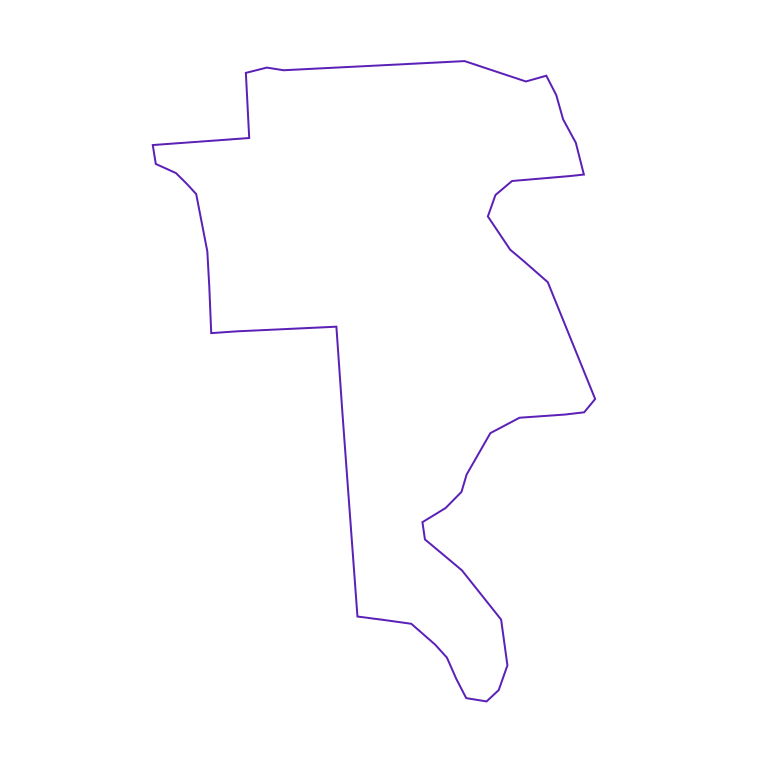 the district of Santa Tereza, Rio Grande do Sul, Brazil, rotated 176°
{"feature_id": "56859067B96458106097451", "entity_name": "Santa Tereza", "entity_type": "district", "adm_level": 2, "iso_a3": "BRA", "parent_name": "Brazil", "parent_adm1": "Rio Grande do Sul", "projection": "albers", "projection_center": [-51.714, -29.146], "detail": "fine", "context": "isolated", "style": "outline", "palette": "violet", "viewbox_px": 768, "rotation_deg": 176, "n_neighbors": 0, "source": "geoboundaries", "source_scale": "gbopen_adm2", "svg_char_len": 797}
<svg xmlns="http://www.w3.org/2000/svg" viewBox="0 0 768 768"><g transform="rotate(176 384 384)"><path d="M558.1,586.6L551.0,528.6L551.5,492.9L552.8,446.8L526.7,446.8L427.5,444.5L427.5,357.5L426.7,153.9L398.1,148.1L373.5,142.9L351.2,120.5L340.3,106.6L332.5,84.9L323.9,64.9L303.8,60.2L290.9,70.7L280.5,94.7L283.6,140.8L319.3,192.7L336.5,209.3L354.0,226.1L355.3,243.5L331.2,256.0L314.2,271.0L307.9,287.9L281.3,327.6L251.2,340.9L205.8,340.9L186.3,341.8L174.4,354.3L213.5,474.1L237.0,497.8L248.7,509.1L268.7,543.9L259.6,564.8L242.1,577.6L183.1,578.5L170.0,579.0L175.8,611.2L186.9,635.6L192.0,660.2L200.6,680.2L221.4,675.9L281.1,700.5L462.3,704.0L478.8,707.8L500.1,704.0L501.3,638.8L598.0,638.5L596.3,619.4L576.8,608.9L566.9,597.6L558.1,586.6Z" fill="none" stroke="#5b21b6" stroke-width="2"/></g></svg>